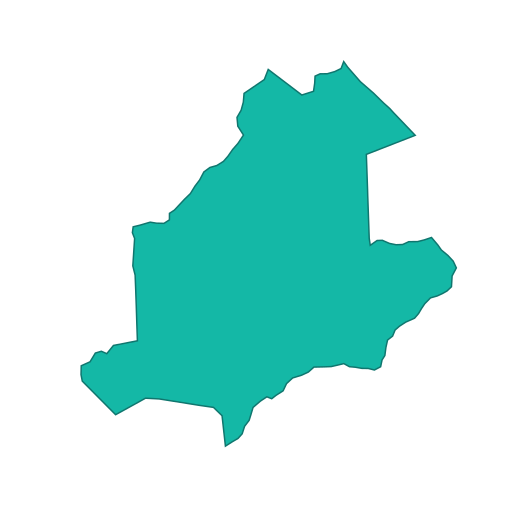 Guaiúba, Ceará, Brazil, rotated 349°
{"feature_id": "56859067B40987970950601", "entity_name": "Guaiúba", "entity_type": "district", "adm_level": 2, "iso_a3": "BRA", "parent_name": "Brazil", "parent_adm1": "Ceará", "projection": "natural_earth1", "projection_center": [-38.661, -4.098], "detail": "fine", "context": "isolated", "style": "filled", "palette": "teal", "viewbox_px": 512, "rotation_deg": 349, "n_neighbors": 0, "source": "geoboundaries", "source_scale": "gbopen_adm2", "svg_char_len": 1770}
<svg xmlns="http://www.w3.org/2000/svg" viewBox="0 0 512 512"><g transform="rotate(349 256 256)"><path d="M357.2,388.5L359.9,382.1L363.5,378.3L366.1,370.5L369.1,363.6L374.8,360.7L378.4,355.2L383.4,352.3L390.3,349.5L399.8,347.3L404.6,343.5L408.4,339.2L412.6,335.0L419.3,330.4L426.3,329.8L432.0,328.4L436.8,326.8L442.0,323.5L444.7,313.0L450.4,305.9L448.6,298.7L444.5,292.1L439.1,285.5L436.6,279.9L431.8,271.3L424.4,272.3L417.4,272.7L408.7,271.1L402.2,272.7L395.7,271.7L389.4,269.1L383.0,264.7L377.8,263.9L370.2,267.3L370.5,260.3L377.2,218.0L378.2,212.0L383.7,177.3L435.3,167.9L418.5,141.8L415.4,136.7L410.4,130.1L406.8,124.9L402.4,118.5L396.3,110.7L391.7,104.8L382.0,88.1L379.2,81.9L375.3,88.2L368.5,90.0L360.7,90.7L353.7,89.4L348.3,90.7L346.6,97.5L343.9,105.3L331.7,106.7L303.6,75.2L297.8,84.4L275.3,94.1L272.9,102.6L269.2,110.1L263.8,116.3L262.9,125.1L266.8,134.9L259.7,142.1L253.5,146.9L247.4,152.8L242.1,156.9L234.8,159.7L227.7,160.3L220.9,163.5L215.2,170.6L209.5,175.7L203.5,182.2L196.6,186.7L184.6,195.4L179.2,197.6L177.9,204.0L171.9,206.4L164.6,204.8L158.6,202.6L147.8,203.6L141.0,203.9L139.1,209.5L140.2,215.6L133.2,242.2L133.7,251.7L131.5,266.0L128.8,283.0L126.0,300.3L123.4,316.6L99.0,316.6L90.9,323.4L86.0,320.0L79.8,320.6L72.9,328.2L63.5,330.4L61.6,339.1L61.6,345.7L87.9,385.0L95.7,382.5L120.4,374.5L133.6,377.8L144.3,381.7L172.2,391.9L185.4,396.5L192.2,406.3L189.7,436.8L197.1,433.9L203.6,431.6L208.5,427.9L212.3,421.0L217.9,416.0L220.6,411.0L224.2,404.1L232.6,399.3L239.8,396.3L244.2,399.1L249.3,396.5L256.9,393.5L261.6,387.1L268.7,382.7L278.1,381.7L285.3,379.9L291.7,376.1L301.6,377.8L308.7,378.9L314.7,378.7L321.7,378.4L326.6,382.5L332.2,384.1L338.5,386.5L344.7,387.8L350.5,390.5L357.2,388.5Z" fill="#14b8a6" stroke="#0f766e" stroke-width="1.5"/></g></svg>